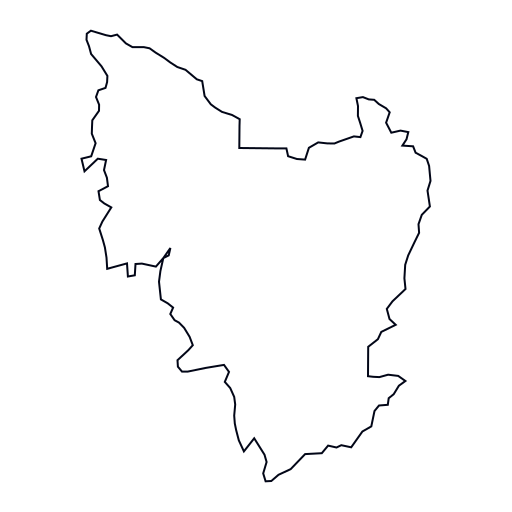 the district of Campinas do Sul, Rio Grande do Sul, Brazil
{"feature_id": "56859067B85635117870916", "entity_name": "Campinas do Sul", "entity_type": "district", "adm_level": 2, "iso_a3": "BRA", "parent_name": "Brazil", "parent_adm1": "Rio Grande do Sul", "projection": "albers", "projection_center": [-52.665, -27.74], "detail": "fine", "context": "isolated", "style": "outline", "palette": "ink", "viewbox_px": 512, "rotation_deg": 0, "n_neighbors": 0, "source": "geoboundaries", "source_scale": "gbopen_adm2", "svg_char_len": 2201}
<svg xmlns="http://www.w3.org/2000/svg" viewBox="0 0 512 512"><path d="M117.1,34.6L111.0,36.2L106.0,35.2L90.9,30.7L86.8,33.7L86.5,39.8L89.0,46.2L91.1,54.0L101.5,66.3L107.4,75.9L107.1,82.1L105.5,87.9L98.4,90.3L96.0,97.0L99.1,104.7L99.0,110.8L92.3,120.3L92.0,127.2L91.8,133.7L95.6,143.2L91.2,156.3L81.5,158.7L84.5,171.3L97.8,158.7L106.1,160.0L104.0,170.1L106.9,177.7L108.0,186.2L98.5,191.2L99.9,200.0L104.2,203.4L111.3,207.4L102.4,221.5L99.2,228.5L102.9,240.1L104.9,247.4L106.5,257.6L107.2,268.8L127.0,263.4L127.9,276.5L134.8,275.3L135.5,264.0L141.9,263.6L155.9,266.6L163.3,258.1L160.4,271.0L159.0,281.7L160.9,299.4L167.7,303.3L173.1,307.6L170.3,314.0L174.6,320.2L179.0,322.6L184.1,327.8L189.6,336.8L192.8,345.2L188.4,350.1L177.5,360.2L177.9,366.7L182.0,371.6L187.7,371.6L205.8,367.9L224.0,364.9L229.0,371.9L224.8,381.9L230.2,388.0L234.2,396.9L235.2,404.5L234.2,415.6L234.8,423.5L236.1,429.9L238.8,440.3L243.9,451.4L254.2,438.3L264.5,454.7L266.6,462.0L263.2,473.4L265.6,481.3L271.3,481.0L278.5,474.8L290.7,469.1L305.1,454.1L321.8,453.2L328.1,445.6L336.5,447.5L341.3,445.2L351.2,447.3L362.4,431.5L371.3,426.4L374.5,411.0L379.0,405.5L387.8,404.8L388.7,398.2L393.7,394.2L398.9,385.7L405.4,381.0L398.2,375.9L388.1,374.7L379.4,377.1L373.2,376.8L368.0,376.2L368.2,346.8L377.9,339.2L381.3,331.9L395.7,324.8L389.5,319.0L386.8,308.9L392.5,301.3L405.5,289.0L404.4,278.3L405.2,264.8L408.2,255.4L414.5,242.2L419.1,232.8L418.5,224.2L421.8,214.8L429.9,206.5L427.5,190.6L430.5,180.9L429.1,165.9L426.7,158.8L421.9,156.1L415.6,152.7L413.1,146.3L402.4,145.6L406.5,139.3L408.3,132.1L400.5,130.6L391.3,132.7L386.1,122.7L389.7,112.3L386.1,108.3L378.8,104.0L374.2,99.8L368.8,99.4L362.9,97.1L356.4,98.2L358.0,106.1L357.9,115.9L360.2,123.0L362.6,130.9L360.4,137.1L353.9,136.4L339.0,141.6L334.4,143.5L327.3,143.4L318.2,142.4L308.9,147.8L305.1,159.6L296.9,159.0L288.1,156.2L286.4,148.4L277.2,148.4L239.3,148.0L239.5,126.0L239.7,119.2L232.1,115.0L222.0,111.9L215.2,107.6L210.8,104.3L204.6,96.0L202.2,81.1L196.8,79.3L185.5,69.8L177.3,67.0L170.2,62.4L164.0,57.8L155.6,52.6L149.6,48.3L143.7,47.1L132.4,47.1L125.9,43.4L117.1,34.6ZM163.3,258.1L170.4,248.0L168.7,255.4L163.3,258.1Z" fill="none" stroke="#020617" stroke-width="2"/></svg>